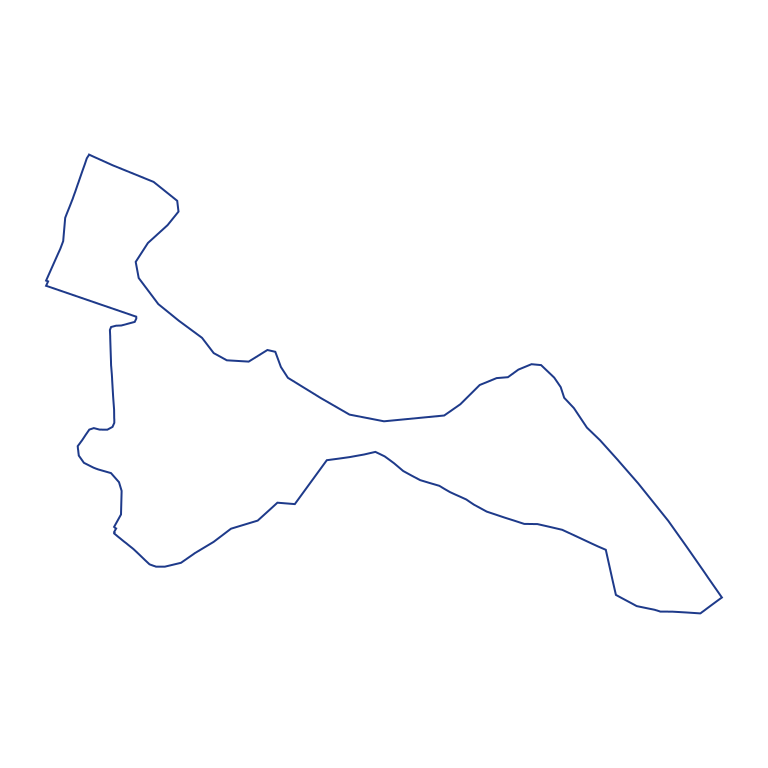 Saraf Omra, Western Darfur, Sudan (orthographic projection)
{"feature_id": "16777658B82122608499404", "entity_name": "Saraf Omra", "entity_type": "district", "adm_level": 2, "iso_a3": "SDN", "parent_name": "Sudan", "parent_adm1": "Western Darfur", "projection": "orthographic", "projection_center": [23.394, 13.638], "detail": "fine", "context": "isolated", "style": "outline", "palette": "blue", "viewbox_px": 768, "rotation_deg": 0, "n_neighbors": 0, "source": "geoboundaries", "source_scale": "gbopen_adm2", "svg_char_len": 3384}
<svg xmlns="http://www.w3.org/2000/svg" viewBox="0 0 768 768"><path d="M89.1,154.6L89.0,154.9L88.6,155.4L88.4,155.9L88.0,156.4L87.0,158.0L86.8,158.3L84.9,164.0L82.5,170.7L80.0,177.9L79.1,180.5L78.5,182.3L77.8,184.2L75.1,192.1L74.6,193.4L73.7,195.9L72.6,199.1L72.5,199.3L71.9,200.8L70.9,203.4L69.6,206.7L66.9,213.4L65.2,217.8L63.3,239.8L63.2,241.1L60.3,248.8L57.8,254.3L46.1,280.6L48.1,281.4L46.1,285.8L46.7,286.0L136.2,316.7L136.2,317.0L136.3,317.5L136.3,318.5L136.2,318.8L134.7,321.9L121.3,325.5L118.7,325.6L116.1,325.7L111.1,327.0L109.9,330.0L110.1,334.1L110.1,334.4L110.2,336.1L110.2,337.6L110.6,350.0L111.0,361.7L111.0,362.6L111.1,365.7L111.2,366.5L111.6,371.5L111.8,373.9L112.1,378.6L112.1,379.1L112.6,387.7L113.1,396.1L113.3,399.0L114.1,409.8L114.2,418.2L114.3,419.5L114.3,419.8L114.3,420.0L114.3,420.7L114.3,422.8L112.5,426.9L107.3,429.7L99.6,429.6L93.8,428.1L89.3,429.6L87.1,432.8L85.7,434.8L83.8,437.7L81.8,440.7L81.3,441.3L79.8,443.4L78.5,445.1L77.7,446.2L77.8,447.0L78.0,449.3L78.2,450.2L78.2,450.6L78.3,451.1L78.3,451.4L78.3,451.7L78.4,452.1L78.4,452.4L78.5,453.1L78.5,453.4L78.6,453.9L78.7,454.6L78.7,455.0L78.8,455.4L78.8,455.6L83.9,462.8L91.4,466.6L93.6,467.7L94.4,468.0L96.4,468.8L96.8,468.9L98.1,469.4L111.0,473.1L119.0,482.2L121.6,490.8L121.6,491.8L121.0,514.5L114.1,526.9L115.6,528.3L116.1,528.5L114.1,532.1L114.6,532.6L114.2,533.5L118.3,536.9L120.7,538.8L120.9,539.0L124.2,541.7L125.8,542.9L126.7,543.6L128.0,544.7L130.5,546.7L131.1,547.2L131.3,547.3L133.6,549.2L138.9,554.2L141.5,556.7L144.8,559.9L149.5,564.3L151.3,565.0L152.1,565.3L152.6,565.4L152.9,565.6L153.8,565.9L154.2,566.0L154.8,566.2L155.1,566.3L155.3,566.4L156.1,566.7L159.7,566.7L164.7,566.7L171.0,565.2L181.0,562.8L193.1,554.4L194.9,553.1L213.6,541.9L231.0,528.7L245.5,524.3L257.7,520.6L261.9,516.8L270.4,509.1L277.4,502.7L294.8,504.1L326.8,460.2L338.2,458.7L349.6,457.1L356.8,455.8L364.1,454.5L369.7,453.2L375.4,451.9L380.0,454.1L384.7,456.4L389.4,459.8L394.1,463.3L398.6,467.1L403.2,471.0L411.6,475.6L420.1,480.1L429.7,483.0L439.3,485.8L444.6,489.0L450.0,492.1L455.2,494.5L460.4,496.8L466.3,499.5L470.1,502.1L474.0,504.7L480.3,508.1L486.7,511.6L495.7,514.6L504.6,517.6L514.4,520.7L524.2,523.9L530.8,524.0L537.5,524.1L549.8,526.9L562.2,529.8L580.1,538.1L591.6,543.5L597.9,546.4L605.8,549.8L608.0,559.7L612.8,581.3L613.9,586.1L615.9,594.9L621.8,598.1L626.3,600.5L632.5,603.8L636.7,606.1L648.8,608.6L653.8,609.6L654.7,609.8L655.0,609.9L655.4,610.0L655.9,610.2L657.1,610.5L657.6,610.7L658.6,611.0L659.8,611.4L660.0,611.5L660.3,611.6L662.8,611.6L666.7,611.6L670.7,611.7L673.0,611.7L680.0,612.1L686.7,612.5L695.8,613.1L697.3,613.2L700.2,613.4L700.5,613.3L700.8,613.1L701.8,612.3L703.2,611.3L704.3,610.5L706.0,609.2L711.1,605.4L717.6,600.6L718.7,599.8L721.6,597.7L721.9,597.5L708.3,578.0L704.5,572.4L696.3,560.6L686.4,546.4L681.8,539.9L680.5,538.1L668.3,520.9L638.2,483.4L619.0,461.4L618.0,460.2L600.1,440.3L586.9,427.6L573.9,408.1L564.2,397.8L560.7,387.1L554.2,377.6L541.1,365.1L531.5,364.2L518.4,369.6L507.9,377.2L496.6,378.1L479.7,385.0L460.4,404.2L444.2,415.5L384.0,421.3L349.5,414.6L320.7,398.0L287.9,377.8L280.9,367.0L275.3,351.8L267.4,350.0L248.7,361.6L226.8,360.3L213.7,353.1L202.0,337.8L178.8,320.7L158.3,304.1L138.7,278.0L135.7,261.9L147.9,243.0L167.6,225.1L178.5,211.6L177.2,200.8L153.6,181.9L148.9,180.0L112.7,165.3L92.5,156.2L89.1,154.6Z" fill="none" stroke="#1e3a8a" stroke-width="2"/></svg>